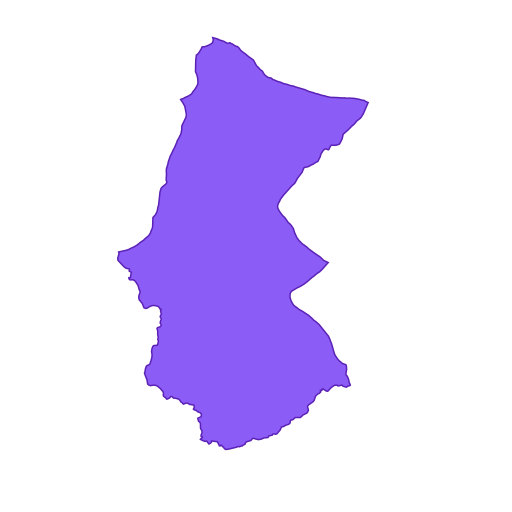 the district of Gogne, Gash Barka, Eritrea, rotated 19°
{"feature_id": "51966322B22104639237429", "entity_name": "Gogne", "entity_type": "district", "adm_level": 2, "iso_a3": "ERI", "parent_name": "Eritrea", "parent_adm1": "Gash Barka", "projection": "albers", "projection_center": [37.411, 15.143], "detail": "fine", "context": "isolated", "style": "filled", "palette": "violet", "viewbox_px": 512, "rotation_deg": 19, "n_neighbors": 0, "source": "geoboundaries", "source_scale": "gbopen_adm2", "svg_char_len": 6090}
<svg xmlns="http://www.w3.org/2000/svg" viewBox="0 0 512 512"><g transform="rotate(19 256 256)"><path d="M326.4,238.7L321.3,238.1L317.2,236.1L311.6,234.6L303.7,232.2L301.4,231.1L297.7,229.9L296.2,229.6L291.5,227.3L288.4,225.1L284.6,221.0L282.5,218.0L279.4,215.6L277.0,214.3L275.8,214.0L270.6,210.2L268.8,209.5L266.9,208.4L263.5,206.0L261.4,204.1L260.8,203.2L260.2,201.8L260.0,200.7L260.0,198.8L260.4,197.3L260.7,194.2L262.1,189.8L267.0,178.1L268.7,175.1L269.1,174.1L269.9,169.1L272.3,161.9L272.6,157.0L273.2,156.4L275.9,154.8L276.8,154.1L278.1,152.5L280.2,150.5L282.2,147.9L283.7,146.5L284.4,141.4L284.2,138.3L285.1,134.7L285.7,133.3L286.5,132.4L287.3,132.0L289.9,132.0L290.2,131.7L290.5,128.7L290.9,127.2L291.3,126.6L294.5,125.7L296.2,124.8L298.2,123.3L298.6,122.4L299.2,118.4L299.3,117.0L298.8,112.4L301.8,107.3L304.3,102.1L306.0,99.2L307.4,95.4L309.8,91.8L310.3,90.4L311.2,86.4L312.1,74.4L309.5,74.2L307.4,73.6L306.5,74.0L302.0,74.3L297.5,75.0L292.5,76.4L290.3,77.3L288.0,77.7L286.0,78.5L279.6,80.2L276.3,81.3L274.3,81.8L270.9,82.2L268.7,82.2L266.5,82.6L261.1,82.7L259.5,83.0L257.1,82.9L252.3,83.2L248.1,82.8L237.7,83.3L236.7,83.1L232.3,83.7L229.5,83.6L225.5,84.0L223.0,83.7L219.5,83.9L215.9,83.6L215.0,83.7L213.9,83.5L212.8,82.8L209.8,83.2L208.8,83.1L205.6,82.1L203.2,80.4L202.0,79.2L199.1,78.3L197.2,77.1L194.6,76.0L190.4,72.1L189.3,71.4L184.1,69.9L179.8,68.2L177.8,67.7L174.5,66.5L172.0,64.7L170.1,64.0L169.4,64.2L166.8,63.9L164.7,63.2L162.7,63.2L162.3,62.9L161.8,62.9L161.3,63.4L159.5,64.2L155.9,63.5L152.7,63.5L152.1,63.7L149.0,63.3L144.0,63.6L144.9,64.9L145.3,66.0L145.5,68.1L145.2,68.9L144.5,70.0L142.5,72.2L139.5,74.7L137.0,75.8L136.8,77.9L136.0,81.7L135.2,83.9L134.5,85.2L134.2,85.4L135.2,90.2L138.5,100.6L138.9,101.6L141.0,103.8L143.1,107.1L144.8,111.3L144.9,112.9L144.7,115.0L143.8,118.8L143.0,120.8L142.6,122.6L142.0,124.2L140.3,126.4L136.8,129.7L135.9,130.9L134.1,132.1L133.8,132.6L136.7,134.7L139.9,137.6L143.4,143.6L144.3,145.7L144.6,147.5L143.5,157.0L144.8,161.3L144.9,163.1L145.2,163.8L145.2,165.7L144.8,167.7L144.7,169.5L144.0,172.5L144.1,174.1L143.6,181.1L143.3,181.9L142.8,187.1L142.4,189.4L142.4,195.7L142.7,197.2L142.9,202.8L143.7,205.4L144.6,207.4L146.3,213.4L147.6,215.1L147.7,215.7L147.7,216.2L147.3,217.3L144.7,221.6L144.2,223.2L144.4,226.8L147.3,239.5L147.4,242.0L148.0,246.0L147.5,249.8L146.0,253.1L148.7,262.0L148.9,263.7L148.6,267.3L148.7,268.7L147.9,271.7L145.1,276.4L144.7,277.5L142.4,280.5L139.8,284.6L137.5,287.3L134.7,289.9L133.7,291.1L131.5,292.8L124.8,296.9L125.7,298.3L126.0,303.2L127.0,305.1L134.0,308.8L135.9,309.6L137.4,309.9L139.7,309.5L140.7,309.6L140.8,311.0L141.1,311.6L143.4,312.0L144.2,317.1L144.1,317.5L143.0,317.8L142.8,318.1L143.1,318.5L143.8,319.3L144.7,319.6L147.4,318.5L149.4,318.9L150.3,319.3L154.2,322.4L156.2,325.4L157.3,326.7L158.0,327.1L158.2,328.5L158.2,331.7L158.8,333.8L159.9,335.5L160.2,335.8L161.5,336.3L162.0,336.8L163.9,337.9L166.9,341.4L168.7,341.5L169.8,340.9L170.2,340.6L171.7,338.7L173.2,337.3L174.3,336.6L175.9,335.9L178.2,335.6L179.9,335.6L180.7,335.8L182.6,337.4L183.7,337.3L183.6,339.0L185.4,341.7L185.1,343.8L185.2,344.7L186.9,346.3L187.0,347.1L186.9,348.9L187.3,350.7L188.7,351.8L188.9,352.4L188.8,353.2L188.2,354.4L187.2,355.0L186.1,356.0L186.0,356.8L187.6,359.1L188.5,362.0L190.0,364.7L190.3,366.9L191.1,367.7L191.5,368.9L191.9,372.4L188.6,373.9L188.2,374.3L187.9,375.3L187.8,377.3L188.4,380.5L189.7,382.8L190.2,384.3L190.5,385.5L190.8,388.9L190.8,392.9L190.5,393.4L188.7,395.0L188.3,395.6L188.1,397.0L188.2,398.9L188.7,401.3L188.6,402.6L188.9,403.4L193.3,408.7L195.2,412.3L196.7,412.9L197.8,413.0L198.8,412.8L201.2,411.4L203.4,411.0L205.0,411.1L206.0,411.4L208.7,412.5L212.3,414.6L213.2,415.9L213.5,417.5L214.2,418.6L214.8,418.9L216.5,419.3L217.7,420.2L218.4,420.4L220.5,418.4L221.1,416.7L222.3,416.2L224.2,417.2L226.4,416.7L229.7,416.5L231.4,417.5L232.4,418.4L233.9,418.8L235.5,419.7L235.8,419.6L236.4,418.9L237.0,418.6L237.5,418.0L238.6,417.5L240.4,417.6L241.4,418.0L242.5,417.7L244.3,417.5L245.3,417.1L245.8,417.1L247.1,419.6L246.6,420.7L246.9,421.4L248.4,421.6L250.0,421.5L251.1,422.1L251.9,422.3L254.6,422.4L256.0,423.6L256.4,425.8L253.8,428.3L254.1,429.0L255.5,431.0L256.7,431.3L257.6,432.0L258.2,433.0L259.5,436.7L260.0,437.4L261.6,438.7L262.3,440.0L262.5,440.8L262.4,443.0L262.6,444.1L262.7,444.3L264.1,444.5L264.4,444.9L263.1,447.2L263.1,447.5L266.4,447.9L268.4,447.9L269.3,447.1L270.3,447.3L270.8,447.9L272.7,449.1L273.3,448.6L274.0,447.6L274.5,446.2L274.1,445.5L274.4,445.3L279.9,444.2L283.2,447.4L283.7,447.4L284.2,447.0L284.3,446.3L284.9,446.2L289.9,448.8L290.4,448.7L292.2,448.0L299.1,443.6L301.5,441.8L302.6,441.7L303.8,440.5L304.9,440.0L305.6,438.7L306.8,437.7L307.0,435.4L308.5,434.0L310.8,432.5L311.3,432.0L312.2,429.5L312.8,429.3L317.1,429.0L318.4,428.7L320.9,427.2L322.6,425.5L326.3,423.8L326.7,423.0L326.5,422.4L326.7,422.0L329.8,420.0L330.1,418.7L330.4,418.4L332.7,418.1L333.7,417.3L335.5,412.6L335.7,409.4L337.8,408.1L339.3,406.2L341.4,404.7L342.3,403.6L342.6,402.7L342.1,400.6L342.5,399.8L344.1,398.8L345.8,395.9L350.5,394.3L352.0,391.6L352.1,391.1L354.9,388.3L355.5,387.4L355.8,385.0L355.3,383.9L354.0,382.1L353.6,381.1L353.7,380.8L354.4,379.4L357.6,374.9L357.9,373.9L358.0,372.2L357.9,369.9L358.2,368.5L359.5,366.0L360.5,365.4L361.4,363.6L361.4,363.2L360.6,362.5L360.6,362.2L361.1,361.8L361.9,361.6L362.1,361.3L361.9,360.6L362.2,360.4L362.4,359.8L366.5,360.8L367.9,360.5L370.1,355.6L372.3,352.7L374.6,351.7L375.9,352.2L379.3,350.1L380.8,350.8L384.2,350.6L385.1,349.3L387.2,347.7L386.8,346.8L384.9,344.8L384.4,343.6L383.1,341.8L381.3,339.8L380.8,339.8L379.9,339.1L379.2,337.5L378.6,333.7L377.3,330.6L376.9,330.1L376.3,329.5L372.9,329.5L368.6,327.9L366.8,326.9L363.1,324.1L361.6,322.4L356.2,314.6L352.5,310.2L350.6,308.2L337.9,300.2L334.0,298.6L331.2,297.8L330.5,297.3L325.2,295.0L318.1,293.2L314.1,292.5L311.8,291.6L308.3,290.6L306.2,289.2L303.7,286.9L301.5,283.8L300.6,280.8L300.7,278.9L301.2,277.6L305.0,273.0L307.5,270.6L310.6,266.9L312.9,263.4L316.1,257.8L316.9,256.8L319.3,252.8L321.4,250.1L322.9,247.1L326.4,238.7Z" fill="#8b5cf6" stroke="#5b21b6" stroke-width="1.5"/></g></svg>